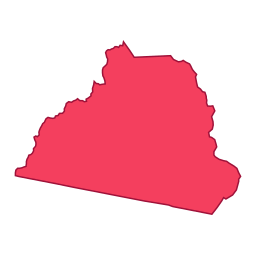 Lagoa Grande do Maranhão, Maranhão, Brazil
{"feature_id": "56859067B63003511785784", "entity_name": "Lagoa Grande do Maranhão", "entity_type": "district", "adm_level": 2, "iso_a3": "BRA", "parent_name": "Brazil", "parent_adm1": "Maranhão", "projection": "albers", "projection_center": [-45.43, -4.913], "detail": "fine", "context": "isolated", "style": "filled", "palette": "rose", "viewbox_px": 256, "rotation_deg": 0, "n_neighbors": 0, "source": "geoboundaries", "source_scale": "gbopen_adm2", "svg_char_len": 1887}
<svg xmlns="http://www.w3.org/2000/svg" viewBox="0 0 256 256"><path d="M15.4,175.6L18.9,176.5L56.6,183.8L73.7,187.3L82.5,189.0L144.9,201.1L168.6,205.0L172.6,206.5L174.5,206.9L211.9,214.2L217.1,207.5L221.7,200.9L223.6,197.6L225.9,199.0L232.6,195.0L236.4,189.9L238.7,181.4L238.7,179.2L240.6,176.4L238.7,172.8L236.9,168.4L234.1,166.2L229.0,163.1L226.6,161.3L223.6,160.7L219.1,159.3L215.1,156.7L213.9,155.0L213.9,151.7L216.7,146.9L216.0,144.0L214.7,139.6L211.6,137.4L209.5,136.8L208.6,132.4L212.3,129.1L213.2,125.1L213.0,121.7L211.6,116.7L214.8,110.9L212.8,105.9L210.2,106.2L207.6,106.0L206.5,103.0L206.8,100.2L206.3,98.3L206.2,96.3L204.9,92.3L202.5,91.7L200.4,89.0L197.6,87.0L196.6,82.9L195.5,76.9L196.6,74.4L194.3,71.9L192.4,69.5L190.5,65.5L189.5,63.9L185.9,62.2L183.2,60.4L181.4,61.4L178.4,61.8L173.5,59.5L170.6,55.7L134.2,57.3L129.7,50.5L123.5,41.8L122.7,45.7L120.1,45.3L118.6,47.4L117.0,46.7L115.0,46.7L113.4,48.4L111.7,48.9L109.9,49.9L108.1,49.7L106.5,50.9L105.6,52.7L106.2,54.8L106.7,57.1L107.7,59.0L107.5,61.8L106.8,64.3L105.5,65.6L103.2,67.7L102.5,70.0L102.5,72.9L102.9,75.9L103.8,77.5L104.9,80.9L105.2,83.9L102.1,84.3L99.7,84.8L98.3,83.7L96.2,83.5L94.2,81.4L93.7,84.7L92.5,88.5L92.7,91.9L90.9,94.0L91.0,95.9L88.3,98.0L86.1,99.2L86.5,101.3L84.2,101.7L82.7,100.7L79.7,100.6L77.6,98.7L75.7,100.2L73.6,100.9L71.5,102.3L68.7,101.7L66.3,103.5L65.7,106.0L64.3,108.8L64.4,111.2L62.5,113.3L59.4,113.4L58.1,115.5L55.5,116.0L54.8,117.9L52.9,118.4L50.2,118.0L48.0,117.4L46.1,118.7L45.2,120.5L44.4,122.3L42.7,123.7L41.7,125.8L40.4,128.0L39.5,130.2L38.9,132.2L39.2,134.9L37.4,136.7L35.8,136.0L34.0,137.1L34.7,139.7L35.8,142.0L36.0,144.0L35.6,146.2L33.5,148.6L33.6,150.9L32.3,153.3L30.8,154.6L28.8,155.2L28.2,157.2L27.0,159.3L26.4,161.5L26.4,163.7L26.0,166.4L23.8,167.0L22.0,167.8L19.4,168.3L17.6,168.3L15.9,170.1L15.4,172.8L15.4,175.6Z" fill="#f43f5e" stroke="#9f1239" stroke-width="1.5"/></svg>